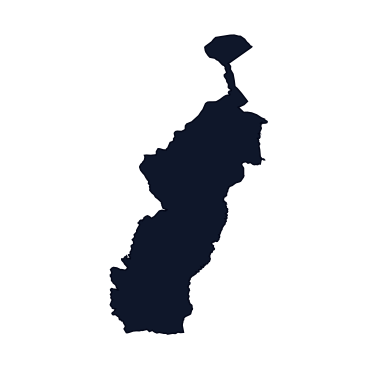 the district of Metinaro, Dili, East Timor, rotated 133°
{"feature_id": "22284137B6793847155334", "entity_name": "Metinaro", "entity_type": "district", "adm_level": 2, "iso_a3": "TLS", "parent_name": "East Timor", "parent_adm1": "Dili", "projection": "natural_earth1", "projection_center": [125.764, -8.537], "detail": "fine", "context": "isolated", "style": "filled", "palette": "ink", "viewbox_px": 384, "rotation_deg": 133, "n_neighbors": 0, "source": "geoboundaries", "source_scale": "gbopen_adm2", "svg_char_len": 6091}
<svg xmlns="http://www.w3.org/2000/svg" viewBox="0 0 384 384"><g transform="rotate(133 192 192)"><path d="M45.5,248.9L45.0,251.7L45.1,254.2L44.4,257.7L45.1,262.7L46.3,264.1L48.5,268.1L51.4,271.0L62.9,280.0L65.7,280.2L68.6,279.9L76.5,281.4L77.4,281.3L79.4,278.7L80.1,277.3L81.0,273.5L81.2,270.9L78.5,266.6L78.4,264.3L77.7,262.4L78.1,257.1L78.1,256.3L77.5,254.7L77.9,252.7L79.1,251.9L80.8,248.1L81.3,247.9L84.4,248.2L85.4,247.0L86.2,243.4L87.5,241.7L87.9,239.5L88.6,238.4L90.6,236.9L90.8,235.8L90.3,233.1L91.0,232.5L93.2,233.5L94.2,233.3L94.7,232.5L94.7,231.0L95.4,230.7L98.2,232.8L100.2,233.5L105.6,234.5L109.1,235.6L110.2,236.3L114.4,240.7L115.7,241.8L116.4,242.0L118.1,242.3L124.3,240.1L126.8,239.9L131.6,239.1L140.9,239.9L145.9,242.2L148.1,241.9L150.7,239.6L151.7,239.7L154.9,240.9L157.6,244.2L158.9,245.1L159.7,245.2L160.7,245.1L161.3,244.7L163.0,242.1L165.7,241.7L166.6,240.5L168.3,240.5L170.7,241.7L176.2,239.7L177.9,239.9L179.0,239.5L180.9,241.8L182.4,244.9L183.5,246.3L186.6,245.6L188.4,243.9L189.5,243.7L193.4,247.1L196.1,250.4L197.6,251.7L198.3,250.3L200.7,248.7L202.3,248.3L203.4,248.4L204.8,248.0L206.5,248.2L208.9,247.6L209.6,247.0L211.0,244.4L211.6,240.7L211.7,238.5L212.9,235.1L212.9,234.1L213.4,233.3L213.4,231.7L213.7,230.8L215.5,229.6L215.5,227.7L215.9,227.0L217.0,226.7L218.0,225.1L219.4,224.1L219.9,220.5L219.7,218.5L219.8,217.3L220.4,215.8L220.5,214.9L220.2,212.6L220.2,207.2L221.0,206.7L221.6,205.4L222.1,205.0L223.5,202.1L222.1,198.2L223.6,198.4L224.8,199.6L225.8,201.4L228.2,202.9L235.6,202.7L237.4,203.3L238.8,203.3L239.2,206.6L239.7,208.2L240.9,208.9L243.4,209.5L245.0,208.7L245.5,209.0L246.9,208.8L247.3,210.1L248.5,210.5L250.3,210.1L251.0,210.4L251.5,210.0L251.2,209.0L251.5,208.1L252.4,207.6L254.5,207.2L257.7,206.3L259.0,205.1L262.7,205.1L263.5,203.6L264.3,203.0L267.6,203.1L267.8,201.3L269.2,199.7L270.2,199.1L271.9,199.7L272.9,199.7L273.5,199.0L274.1,197.5L276.7,196.3L278.1,196.2L279.3,194.7L280.3,194.9L281.1,195.5L281.4,195.1L281.9,192.5L282.8,191.7L283.5,192.9L285.1,193.6L285.0,194.5L283.6,195.6L283.3,196.3L284.4,196.3L285.4,196.8L287.6,196.3L288.8,197.7L289.5,197.2L289.8,195.9L289.9,193.8L290.6,192.1L290.3,191.2L290.6,191.0L290.8,188.6L291.2,187.4L292.9,187.1L294.8,187.4L296.7,190.5L297.6,191.2L298.8,195.1L300.8,198.0L302.3,198.6L304.3,198.6L305.4,195.9L307.7,194.6L308.3,195.1L309.2,194.2L309.4,192.8L310.1,191.8L311.6,190.4L311.8,188.4L312.2,187.5L312.0,185.2L312.2,183.5L313.0,182.6L313.9,179.3L314.6,180.0L315.1,181.2L316.8,183.4L317.3,184.8L318.7,185.1L319.5,184.2L319.7,182.7L321.0,181.8L322.4,181.8L323.2,179.9L324.6,179.2L325.0,178.2L325.1,176.5L326.3,176.4L330.2,174.8L330.7,173.1L330.6,172.1L331.3,170.9L329.7,168.2L332.5,167.4L334.1,167.8L335.1,167.8L335.5,167.5L335.6,166.0L334.1,164.8L333.6,163.6L333.6,161.9L333.2,160.6L333.9,158.9L334.3,158.8L334.7,158.0L334.0,157.2L334.2,155.6L333.4,154.4L334.5,152.2L335.3,149.2L336.9,148.5L338.4,148.3L339.6,144.1L338.8,143.2L336.7,141.9L333.9,140.4L331.4,138.2L329.2,135.7L328.1,135.1L326.9,133.8L323.3,131.4L322.9,129.8L323.1,128.1L320.2,126.7L319.9,124.1L319.0,121.6L317.0,120.3L314.4,116.1L313.0,114.7L312.5,112.9L308.5,109.9L306.9,107.8L306.1,107.4L304.6,107.1L303.9,106.6L302.6,104.6L300.4,102.6L296.3,108.2L294.7,109.4L293.3,110.1L292.3,111.0L291.1,111.0L290.7,111.8L289.2,112.1L287.6,112.0L282.9,110.1L282.0,110.0L278.3,112.0L277.8,111.7L277.0,112.2L276.7,113.0L275.2,114.6L275.0,115.2L275.3,117.3L275.0,117.5L274.4,119.3L273.8,119.6L273.3,120.5L273.5,121.4L272.6,122.1L270.5,123.0L270.0,123.8L269.9,124.6L269.6,125.1L266.8,126.6L265.7,126.8L265.5,127.3L264.9,127.9L264.6,129.5L264.2,130.5L263.4,130.4L262.5,131.1L260.9,130.9L260.3,131.2L259.8,131.7L259.8,132.9L259.1,133.6L258.4,133.6L258.2,133.9L257.3,133.8L256.1,134.7L254.8,134.6L253.9,134.8L252.8,134.3L249.0,133.5L247.8,133.7L247.5,134.4L246.8,133.4L245.5,132.7L244.3,134.0L242.5,132.9L241.5,132.7L240.8,133.0L240.4,134.3L239.3,132.4L238.0,132.7L237.5,133.4L237.2,132.8L236.0,132.5L235.0,132.7L233.9,131.9L232.1,132.3L230.9,132.0L228.5,133.1L227.3,135.4L226.9,135.6L226.8,135.4L226.0,136.1L224.6,136.4L224.3,136.8L223.5,137.0L222.8,136.5L222.4,136.8L221.9,136.4L221.2,137.0L220.1,137.1L218.9,136.6L218.3,136.9L218.0,137.5L218.2,138.0L218.1,138.7L216.7,139.7L217.1,141.7L216.5,142.0L216.4,142.9L213.8,142.8L214.0,142.2L213.6,141.9L212.2,141.9L211.3,140.3L210.8,139.9L208.1,140.2L207.5,140.9L206.5,141.0L205.7,141.5L205.1,142.4L205.0,143.2L204.3,142.9L203.4,143.1L200.6,144.4L199.0,144.6L197.4,145.7L196.3,145.7L195.1,146.1L193.2,146.0L191.2,147.2L190.2,147.0L189.1,148.4L189.0,149.3L188.5,148.6L187.2,148.7L186.9,149.2L186.7,150.4L185.3,150.2L184.8,150.8L185.0,152.7L182.9,152.3L181.8,152.8L181.7,153.5L180.3,154.2L180.1,154.7L180.4,155.3L179.8,157.0L179.4,156.9L178.9,158.0L177.9,159.0L177.3,158.7L177.2,159.4L176.6,159.9L177.0,161.0L176.7,161.8L176.9,162.8L177.2,162.8L176.0,164.0L174.5,164.9L173.5,165.1L173.1,164.7L172.2,164.9L171.9,164.5L170.8,164.5L169.9,165.5L168.2,166.5L167.6,166.3L164.9,168.0L164.6,167.8L163.5,168.4L161.7,168.1L159.8,167.1L155.4,166.3L152.0,164.3L150.8,163.9L146.1,164.6L144.7,165.2L144.3,166.0L139.4,170.6L138.6,173.8L137.9,174.7L136.4,175.1L135.4,174.9L133.3,173.5L132.8,172.3L132.8,171.0L132.2,170.3L131.3,170.0L130.4,169.1L130.1,166.3L129.5,165.1L128.3,164.2L127.1,162.6L126.6,162.5L126.1,162.8L125.0,161.2L121.9,163.2L120.0,163.4L119.8,165.7L119.5,166.4L114.9,171.5L112.4,175.0L111.4,174.9L110.7,175.4L110.3,176.2L110.3,177.6L109.2,178.1L108.3,179.6L108.1,180.6L106.7,179.5L105.7,179.7L104.6,180.7L104.0,183.0L103.2,182.3L103.3,183.0L102.2,183.1L101.6,183.6L98.5,184.6L97.5,185.7L97.4,186.5L95.7,187.5L95.4,188.1L94.8,187.8L94.8,188.7L93.1,188.4L93.1,188.1L93.7,187.9L93.6,187.6L93.0,186.8L91.3,185.2L90.8,185.2L90.6,184.8L90.1,184.6L89.2,185.2L89.8,188.2L89.3,188.6L90.5,191.6L91.5,197.2L93.5,202.2L96.0,205.9L98.6,208.5L98.5,216.0L92.6,213.6L87.9,213.3L86.2,223.3L85.5,229.6L85.6,232.6L81.6,237.4L77.8,242.5L76.3,247.5L73.8,249.6L73.3,253.1L45.3,247.3L44.9,247.5L45.5,248.9ZM119.9,163.0L119.4,161.2L119.1,161.0L119.0,162.1L119.9,163.0Z" fill="#0f172a" stroke="#020617" stroke-width="1.5"/></g></svg>